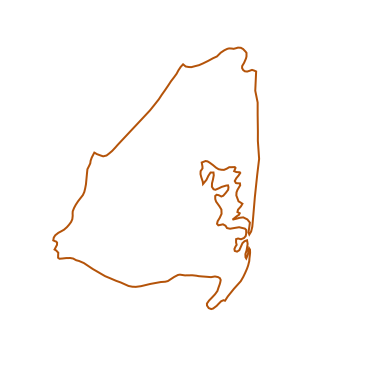 Ndougou, Ogooué-Maritime, Gabon, rotated 223°
{"feature_id": "22940354B74005862204828", "entity_name": "Ndougou", "entity_type": "district", "adm_level": 2, "iso_a3": "GAB", "parent_name": "Gabon", "parent_adm1": "Ogooué-Maritime", "projection": "equal_earth", "projection_center": [10.09, -2.451], "detail": "fine", "context": "isolated", "style": "outline", "palette": "amber", "viewbox_px": 384, "rotation_deg": 223, "n_neighbors": 0, "source": "geoboundaries", "source_scale": "gbopen_adm2", "svg_char_len": 3676}
<svg xmlns="http://www.w3.org/2000/svg" viewBox="0 0 384 384"><g transform="rotate(223 192 192)"><path d="M285.6,279.3L285.6,275.9L284.9,271.7L283.9,268.0L283.4,263.9L282.9,258.7L282.0,253.5L281.2,248.3L280.4,242.4L279.5,237.2L278.9,229.9L278.4,223.0L278.4,213.0L278.5,180.5L278.5,175.7L278.4,172.7L278.4,167.5L278.9,163.4L279.4,160.4L281.3,157.5L283.7,156.4L287.5,154.8L289.6,154.4L290.3,154.2L289.5,151.3L288.8,148.8L287.5,145.8L285.9,143.5L285.0,140.7L284.0,137.3L281.5,134.0L274.8,125.3L272.6,121.8L270.8,118.6L269.7,115.3L269.3,110.7L269.0,107.5L268.3,103.4L267.4,100.0L266.1,96.6L264.8,95.0L263.0,93.2L261.0,90.5L260.0,87.7L259.6,84.2L259.5,81.0L259.9,77.1L261.0,73.6L261.9,71.0L262.5,67.1L262.0,64.4L260.5,62.0L258.9,62.5L257.5,63.1L256.2,63.0L254.7,61.3L253.3,56.2L251.5,56.6L248.4,56.4L246.9,54.6L245.1,52.6L243.4,52.8L241.4,55.0L239.1,57.7L238.3,58.5L236.0,60.7L233.5,62.3L230.2,63.1L227.6,64.5L222.6,66.3L212.1,68.0L198.1,71.2L193.3,73.0L186.9,75.3L182.5,77.2L174.3,80.0L171.1,82.0L168.4,84.3L165.1,88.3L159.8,96.3L153.4,104.9L150.4,108.1L148.9,110.4L147.9,114.5L147.1,117.7L145.7,121.7L144.5,123.3L140.3,126.2L135.0,131.3L131.8,133.7L129.6,135.1L127.3,136.9L125.2,138.6L122.3,140.9L120.0,142.7L119.2,143.8L117.6,145.9L115.0,147.5L112.8,148.0L111.0,147.2L109.8,145.3L108.8,143.4L107.4,140.1L105.9,136.9L105.4,132.8L105.4,128.1L105.5,124.3L105.0,120.6L103.6,119.2L100.6,118.5L98.1,119.5L97.1,121.1L96.3,125.5L96.3,128.0L96.2,131.9L95.2,134.3L93.7,135.0L94.6,140.0L95.3,149.6L95.5,160.0L96.6,164.8L97.9,169.0L99.5,173.5L100.8,176.5L103.0,180.5L104.6,182.5L106.5,185.1L108.1,187.2L110.3,189.4L111.9,189.8L110.9,187.8L109.1,185.4L107.7,182.3L107.0,180.4L108.4,180.8L110.6,183.0L112.3,186.6L114.1,189.3L115.9,192.0L118.8,194.2L120.0,191.9L120.2,189.0L119.2,186.1L117.7,181.7L118.4,179.1L120.5,178.1L122.1,179.2L123.0,181.8L123.3,183.8L125.3,185.1L127.6,187.6L126.6,189.4L123.9,190.9L122.6,193.8L122.7,196.4L124.1,198.7L126.5,201.2L128.3,201.3L133.5,198.4L135.9,195.3L139.1,191.1L141.8,189.5L144.5,190.2L147.3,189.5L148.6,187.6L150.0,185.6L152.0,185.8L153.3,188.1L154.1,192.0L155.5,196.2L158.5,199.2L161.9,200.2L164.3,200.7L167.8,201.4L170.2,202.7L172.3,204.9L172.1,206.8L170.3,207.9L167.5,208.7L166.6,210.6L166.7,214.4L167.1,218.3L168.6,220.4L170.2,221.4L171.4,220.0L173.8,215.9L174.9,213.0L176.4,209.6L178.1,208.7L181.0,209.4L183.3,212.0L185.1,215.3L187.5,219.1L189.6,220.9L191.7,218.9L191.1,215.1L189.7,210.7L189.4,205.4L191.2,206.9L195.4,209.2L198.0,210.9L199.9,213.1L200.4,216.4L201.8,217.8L205.0,220.2L203.2,223.9L201.5,225.0L199.2,225.5L194.9,226.0L191.0,226.2L188.1,226.8L185.7,228.3L183.7,230.0L182.5,232.7L181.7,235.5L179.3,237.8L177.7,239.4L176.6,239.3L175.4,236.0L173.2,236.8L170.5,239.0L169.7,238.8L169.2,235.9L169.0,232.3L168.2,229.2L166.1,228.5L165.3,228.9L162.8,231.0L161.3,229.7L160.9,227.7L160.2,224.6L159.2,222.1L157.2,219.7L154.6,218.4L151.6,216.9L149.9,217.3L147.1,217.8L146.4,214.8L146.3,210.5L145.1,208.3L142.6,209.0L142.1,207.4L142.8,204.5L143.5,199.4L141.1,203.1L139.5,205.7L137.2,208.4L132.8,209.7L128.8,209.1L126.3,205.6L123.2,201.0L121.1,200.0L121.8,203.4L124.2,207.7L130.5,215.8L142.6,231.2L156.0,249.0L165.5,262.0L178.7,274.3L184.9,281.0L196.6,293.2L205.0,302.2L214.8,309.2L227.3,323.9L229.6,323.1L231.4,322.2L232.5,320.0L233.8,317.7L235.7,316.3L237.8,316.1L239.9,316.8L241.2,318.3L242.0,322.0L243.6,326.5L244.6,328.3L247.0,330.9L248.6,331.2L252.1,331.4L254.6,330.8L256.8,329.0L258.1,326.8L259.2,325.1L260.8,324.0L262.8,322.3L263.8,320.8L265.0,317.7L266.0,313.5L266.2,308.1L267.8,304.3L269.6,298.9L271.7,293.4L273.4,289.5L275.6,286.1L277.6,282.9L279.6,281.2L282.2,279.5L285.6,279.3Z" fill="none" stroke="#b45309" stroke-width="2"/></g></svg>